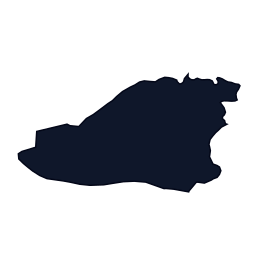 Daro, Sarawak, Malaysia, rotated 278°
{"feature_id": "92858781B64296283519727", "entity_name": "Daro", "entity_type": "district", "adm_level": 2, "iso_a3": "MYS", "parent_name": "Malaysia", "parent_adm1": "Sarawak", "projection": "natural_earth1", "projection_center": [111.483, 2.563], "detail": "fine", "context": "isolated", "style": "filled", "palette": "ink", "viewbox_px": 256, "rotation_deg": 278, "n_neighbors": 0, "source": "geoboundaries", "source_scale": "gbopen_adm2", "svg_char_len": 1630}
<svg xmlns="http://www.w3.org/2000/svg" viewBox="0 0 256 256"><g transform="rotate(278 128 128)"><path d="M178.8,230.5L181.8,232.0L185.4,233.0L186.6,231.5L186.6,227.9L187.5,224.0L187.5,220.6L188.4,217.7L189.7,214.7L190.4,211.8L190.4,209.9L189.0,209.0L187.2,210.5L185.9,211.0L184.2,210.8L183.1,209.3L183.0,207.1L186.3,204.9L187.2,202.1L187.0,199.6L186.4,197.0L186.0,194.3L186.4,191.7L186.9,189.8L186.3,188.6L185.0,187.0L184.7,185.5L184.7,183.9L185.4,182.1L187.0,180.3L189.6,180.0L184.8,177.0L182.4,176.7L180.9,176.3L179.9,175.3L179.0,173.9L178.8,172.8L180.8,170.2L182.2,169.6L183.3,165.2L183.5,161.1L183.3,157.3L180.4,152.0L177.5,148.7L177.1,142.6L176.9,137.5L175.1,133.0L171.6,128.9L168.8,124.6L163.3,117.5L157.6,112.4L152.9,108.8L149.4,104.8L141.5,96.9L136.5,91.8L131.6,85.5L122.6,79.1L122.2,70.2L123.3,67.1L111.9,38.1L96.1,39.3L90.0,26.2L87.2,23.0L82.1,24.2L78.3,29.4L74.9,34.9L72.1,39.7L68.7,47.2L66.6,54.8L66.6,71.4L66.3,78.6L65.6,88.1L66.0,98.4L68.4,111.9L71.1,120.6L74.2,130.9L76.2,141.6L76.9,153.1L73.0,172.1L73.4,174.0L73.8,181.8L73.2,197.0L74.2,197.2L80.1,200.9L83.7,203.1L84.1,204.5L84.1,208.1L84.1,211.3L88.0,217.7L89.6,219.5L91.5,223.1L94.7,225.0L98.6,225.9L102.1,224.0L103.3,221.3L104.1,217.2L110.8,212.7L113.9,212.7L117.1,212.7L121.0,211.3L123.0,210.4L128.1,210.9L132.0,213.1L135.6,215.4L138.3,217.7L141.9,220.4L145.5,225.4L145.8,223.9L147.5,223.1L148.8,222.6L150.3,220.3L152.4,220.0L154.5,221.6L157.2,222.3L161.4,220.3L164.4,217.4L165.9,215.8L167.5,217.1L168.3,219.3L168.7,222.6L169.0,226.8L169.7,230.2L171.0,232.2L172.7,231.2L176.3,230.2L178.8,230.5Z" fill="#0f172a" stroke="#020617" stroke-width="1.5"/></g></svg>